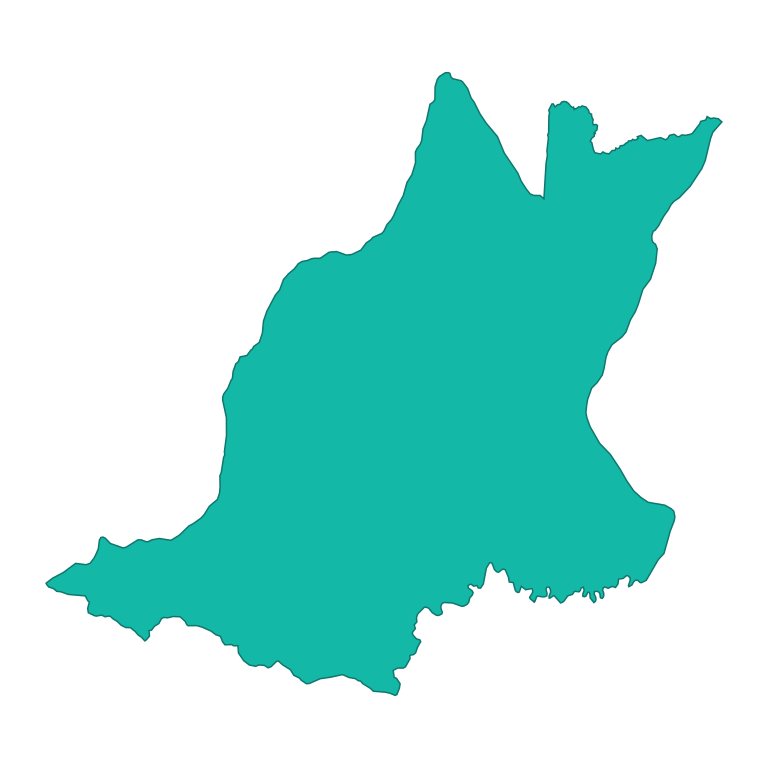 the district of Puerto Nare, Antioquia, Colombia
{"feature_id": "7082276B40653631008406", "entity_name": "Puerto Nare", "entity_type": "district", "adm_level": 2, "iso_a3": "COL", "parent_name": "Colombia", "parent_adm1": "Antioquia", "projection": "natural_earth1", "projection_center": [-74.693, 6.141], "detail": "fine", "context": "isolated", "style": "filled", "palette": "teal", "viewbox_px": 768, "rotation_deg": 0, "n_neighbors": 0, "source": "geoboundaries", "source_scale": "gbopen_adm2", "svg_char_len": 6084}
<svg xmlns="http://www.w3.org/2000/svg" viewBox="0 0 768 768"><path d="M721.9,121.9L718.4,118.8L713.6,118.0L710.7,118.6L707.1,116.6L705.8,120.0L700.6,121.4L699.8,123.8L692.6,133.1L691.4,134.0L685.8,135.3L681.8,134.9L679.3,136.6L677.4,136.6L674.4,134.4L672.8,134.5L669.4,135.4L667.9,138.1L665.8,139.8L660.4,137.6L647.4,140.6L641.1,135.4L637.3,136.7L638.2,138.1L636.1,139.8L634.6,140.1L632.7,139.3L631.4,140.7L628.4,141.0L627.8,142.4L626.2,143.0L623.6,145.3L620.2,145.9L619.5,148.0L617.0,148.7L615.9,148.0L615.1,150.4L612.1,150.5L609.2,153.8L605.4,153.3L603.0,151.9L600.6,154.0L594.8,152.7L593.3,149.3L591.8,142.6L590.2,141.2L591.9,138.1L594.3,136.2L594.1,133.2L595.3,133.5L594.9,132.0L597.0,129.7L597.5,125.4L596.0,124.5L593.3,124.8L592.6,122.1L593.2,119.8L591.8,116.8L591.5,114.2L589.2,113.0L588.6,110.3L585.9,107.0L582.0,105.9L580.6,107.2L578.7,106.8L576.0,108.9L575.0,108.6L574.2,109.4L573.5,107.1L572.5,107.5L570.6,106.1L568.6,103.5L566.3,101.8L563.9,101.4L561.5,102.1L560.2,104.2L557.4,104.8L555.1,107.0L553.2,103.9L551.9,104.0L548.8,110.2L549.5,113.2L548.9,115.9L548.6,132.8L547.7,134.9L548.4,137.8L546.9,150.9L547.4,155.2L546.1,162.9L543.9,198.8L540.1,195.5L533.7,195.4L530.1,193.9L526.3,189.1L521.2,181.2L517.8,173.1L504.3,153.1L497.4,136.5L486.2,123.2L480.0,113.9L474.2,102.3L471.1,98.0L467.6,88.5L462.6,81.9L461.0,80.7L452.7,78.7L451.0,77.0L449.8,73.3L448.4,72.6L445.2,72.8L439.4,76.5L437.2,79.6L435.1,86.7L434.9,99.6L433.3,101.9L430.0,104.3L426.4,120.8L423.0,129.0L421.7,140.5L420.1,144.5L417.0,148.6L415.4,152.0L415.5,162.8L411.9,174.7L407.0,182.4L403.3,195.5L398.4,204.7L393.8,215.4L391.3,219.8L387.1,224.4L383.7,231.4L381.7,233.5L372.8,237.4L370.8,239.8L366.2,243.0L360.9,250.1L352.0,254.4L346.5,255.1L336.7,251.6L330.6,252.0L329.0,252.3L320.2,258.3L313.8,258.3L311.1,258.9L307.4,260.5L302.0,261.5L298.4,263.6L294.4,268.8L288.7,273.6L283.5,279.5L279.7,289.8L275.3,295.2L266.9,311.1L263.5,321.0L262.4,333.0L259.3,342.4L253.7,346.5L252.2,349.3L250.9,350.0L246.9,355.5L240.1,356.9L238.3,361.7L235.8,363.8L233.1,371.4L232.4,378.4L231.0,380.4L227.8,388.4L223.8,393.9L222.7,397.0L222.7,400.2L226.4,417.5L226.5,435.5L224.4,451.7L224.7,455.1L223.6,457.3L221.3,472.3L219.9,475.7L220.1,487.1L219.5,493.3L217.4,499.5L209.4,506.2L204.3,514.5L201.0,518.1L193.3,523.6L189.0,525.9L179.3,535.2L171.0,540.3L159.3,538.5L152.0,539.8L147.8,541.8L146.5,541.8L141.0,539.8L138.0,539.8L126.0,547.3L122.9,547.9L110.4,543.5L105.4,538.3L103.0,537.1L100.9,537.5L99.4,540.1L98.3,548.8L96.6,552.9L94.2,557.9L90.1,563.3L86.1,564.7L75.6,563.4L63.5,572.4L52.6,578.2L46.1,583.2L46.7,584.5L48.7,587.0L53.6,588.6L56.7,591.3L60.9,591.8L68.2,594.4L85.3,595.9L87.8,600.8L89.3,602.1L87.7,608.4L88.3,612.7L94.5,615.7L96.4,616.1L101.7,615.1L105.1,616.8L108.3,616.1L110.4,616.4L113.1,618.9L117.2,621.4L121.1,625.2L125.7,627.5L130.5,627.7L135.3,631.6L138.3,635.1L141.5,637.2L144.8,640.9L146.2,640.0L149.5,636.1L149.0,630.7L151.6,630.1L154.5,626.2L158.8,623.6L161.5,618.6L163.5,617.5L167.7,617.8L173.0,616.5L180.2,616.8L185.1,621.3L187.0,624.9L188.1,625.7L196.7,625.6L202.0,627.1L211.1,631.1L215.8,634.7L220.4,636.3L222.5,641.6L224.9,644.8L231.7,644.6L233.6,645.8L237.9,645.7L238.5,653.0L243.7,660.7L249.3,665.0L255.7,666.3L258.9,665.0L264.4,665.4L268.1,667.8L271.1,666.7L276.4,661.5L278.2,660.9L282.6,664.8L290.4,669.7L293.8,675.3L299.6,678.1L301.0,680.0L306.3,683.7L309.3,683.5L320.2,678.7L330.7,677.2L342.5,674.6L349.1,677.5L355.3,678.6L358.3,680.7L360.6,681.1L362.7,683.6L370.3,688.3L373.3,691.2L385.4,692.2L390.3,693.3L395.1,695.4L396.9,694.6L399.4,688.2L400.1,683.8L396.5,678.3L394.2,677.4L393.2,670.4L397.8,668.0L403.2,668.1L405.5,666.8L410.0,658.8L409.8,655.9L410.7,655.1L413.5,654.6L415.6,652.9L417.4,647.5L420.7,641.6L419.7,639.7L416.6,639.0L413.2,635.4L412.3,633.3L412.9,631.7L415.4,628.6L414.2,624.9L416.8,622.0L416.5,617.2L417.8,613.8L424.2,607.4L425.6,607.1L428.6,608.1L432.2,612.6L436.2,615.2L438.3,615.5L440.8,614.5L441.9,613.8L442.3,612.4L440.9,608.2L441.0,605.5L442.3,603.3L444.2,602.5L452.6,603.0L461.8,606.3L463.8,606.1L467.0,604.4L468.8,602.2L469.6,598.3L472.4,594.8L473.1,592.7L472.1,590.7L468.5,588.1L467.8,586.0L469.4,584.6L471.3,584.3L473.6,586.2L477.0,585.5L478.3,588.0L480.6,588.1L483.3,584.1L486.4,568.0L489.5,562.9L490.9,562.6L492.1,563.4L494.4,569.5L496.6,571.8L498.6,572.2L502.8,569.0L505.2,569.6L508.5,577.4L509.2,582.0L513.2,582.5L515.3,590.4L516.4,591.8L518.2,592.5L519.3,592.0L521.3,586.3L525.7,589.7L531.8,588.6L532.7,590.5L532.7,592.2L529.6,597.4L530.1,598.6L534.2,602.2L534.8,601.5L534.1,601.1L535.3,600.3L536.7,596.8L537.6,596.1L542.8,596.9L545.5,596.6L546.8,595.8L547.1,593.6L546.0,589.2L546.3,588.0L547.4,587.0L549.3,587.3L550.5,589.9L550.5,592.5L549.1,596.1L549.1,598.1L550.1,598.0L553.3,595.8L554.4,595.9L560.5,602.9L562.1,602.5L564.0,601.1L567.8,595.8L572.4,594.4L574.6,591.3L579.1,591.8L580.3,590.4L581.1,588.0L583.3,587.2L584.2,590.1L582.8,594.0L582.9,596.4L584.6,596.7L586.0,596.1L587.8,592.3L588.9,592.2L589.8,593.4L590.2,598.0L593.9,602.6L595.3,601.5L596.0,599.7L595.8,597.5L594.2,594.1L594.5,591.5L597.1,591.3L599.0,592.2L599.9,593.9L600.4,597.8L602.1,598.4L603.2,597.3L603.8,595.4L603.7,593.1L602.6,590.0L603.4,587.7L605.0,587.0L608.1,588.3L612.2,586.4L615.5,587.5L618.0,583.9L618.6,579.1L623.0,578.5L626.6,575.6L627.9,575.7L630.1,577.8L630.1,580.6L628.4,585.6L628.9,586.7L631.9,585.0L633.8,581.6L635.5,580.2L637.6,580.2L640.0,582.5L641.4,582.7L646.2,580.4L658.3,559.6L664.0,553.4L670.2,531.2L674.2,520.8L674.9,516.7L673.7,511.1L671.1,508.7L664.9,505.2L648.2,502.3L640.8,497.4L633.7,490.9L626.6,480.6L620.2,469.3L610.3,454.4L599.6,443.3L590.1,426.7L587.0,418.1L585.9,412.6L586.7,405.0L587.7,399.2L591.6,388.2L597.3,382.4L602.3,375.0L604.0,368.6L606.0,357.3L608.0,351.6L611.9,344.8L622.1,336.8L625.9,332.1L630.5,319.7L635.3,311.7L638.3,304.2L642.8,289.5L650.5,279.2L655.7,263.1L657.2,248.9L655.5,244.3L652.9,242.3L651.9,239.3L651.8,235.8L653.2,231.3L655.3,230.1L658.7,225.5L663.5,216.6L668.7,209.2L670.8,205.0L673.9,201.4L679.2,197.8L690.2,186.2L701.8,168.6L705.2,160.7L710.5,138.7L712.8,132.3L721.9,121.9Z" fill="#14b8a6" stroke="#0f766e" stroke-width="1.5"/></svg>